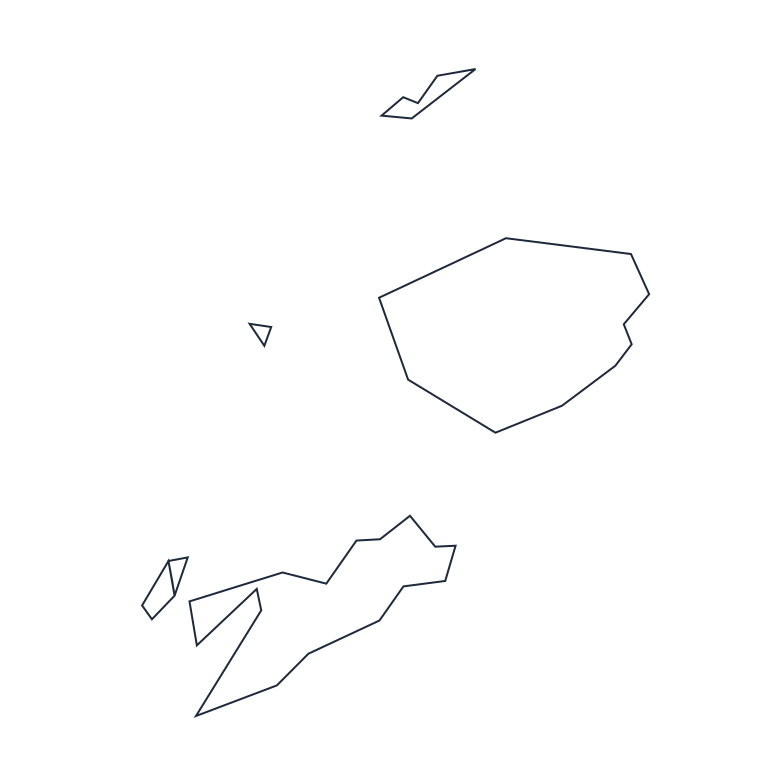 an SVG outline of Fiji, rotated 170°
{"feature_id": "FJI", "entity_name": "Fiji", "entity_type": "country or territory", "adm_level": 0, "iso_a3": "FJI", "parent_name": "Oceania", "parent_adm1": "", "projection": "mercator", "projection_center": [179.313, -17.091], "detail": "coarse", "context": "isolated", "style": "outline", "palette": "slate", "viewbox_px": 768, "rotation_deg": 170, "n_neighbors": 0, "source": "natural_earth", "source_scale": "50m", "svg_char_len": 769}
<svg xmlns="http://www.w3.org/2000/svg" viewBox="0 0 768 768"><g transform="rotate(170 384 384)"><path d="M282.7,316.7L359.5,384.1L373.9,469.8L238.6,506.4L118.2,469.1L107.3,426.4L137.5,401.2L133.2,380.1L153.0,361.8L212.5,331.7L282.7,316.7ZM626.8,89.7L544.2,182.4L544.9,204.3L613.7,159.1L613.3,203.7L516.7,216.0L475.5,197.4L438.3,234.6L414.9,231.8L381.3,249.7L361.8,214.9L341.6,212.3L357.9,179.4L400.0,181.3L429.5,151.9L505.3,131.5L541.8,105.8L626.8,89.7ZM339.8,648.7L315.3,663.1L301.8,654.7L277.9,678.3L239.2,678.3L310.6,640.7L339.8,648.7ZM660.7,207.9L627.0,247.1L627.0,211.9L653.4,192.6L660.7,207.9ZM627.0,247.1L607.4,247.3L627.0,211.9L626.8,226.4L627.0,247.1ZM505.9,466.6L485.2,459.7L495.2,442.4L505.9,466.6Z" fill="none" stroke="#1e293b" stroke-width="2"/></g></svg>